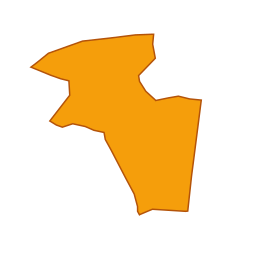 Leslie Land, Castries, Saint Lucia (Mercator projection), rotated 165°
{"feature_id": "8701671B53611878651636", "entity_name": "Leslie Land", "entity_type": "district", "adm_level": 2, "iso_a3": "LCA", "parent_name": "Saint Lucia", "parent_adm1": "Castries", "projection": "mercator", "projection_center": [-60.987, 14.008], "detail": "fine", "context": "isolated", "style": "filled", "palette": "amber", "viewbox_px": 256, "rotation_deg": 165, "n_neighbors": 0, "source": "geoboundaries", "source_scale": "gbopen_adm2", "svg_char_len": 706}
<svg xmlns="http://www.w3.org/2000/svg" viewBox="0 0 256 256"><g transform="rotate(165 128 128)"><path d="M50.0,136.0L60.9,140.1L71.1,145.7L80.9,146.6L94.2,147.4L94.5,148.2L101.3,158.8L104.8,170.0L104.2,175.9L83.6,188.3L82.6,201.1L82.5,202.5L79.0,211.9L80.5,212.3L96.8,216.0L122.5,219.6L149.4,223.7L185.5,220.8L198.7,214.9L206.0,211.9L188.9,198.9L180.3,193.0L172.9,188.9L173.1,187.7L175.8,174.7L201.7,155.0L196.4,149.4L191.2,145.8L180.3,146.4L168.9,140.5L161.5,134.6L152.3,129.9L152.9,122.8L150.0,111.0L143.1,79.8L139.1,62.7L139.1,49.7L140.3,45.0L139.4,41.2L138.6,41.4L130.0,42.6L125.4,43.2L93.9,32.6L91.8,32.3L79.0,65.3L72.7,80.6L50.0,136.0Z" fill="#f59e0b" stroke="#b45309" stroke-width="1.5"/></g></svg>